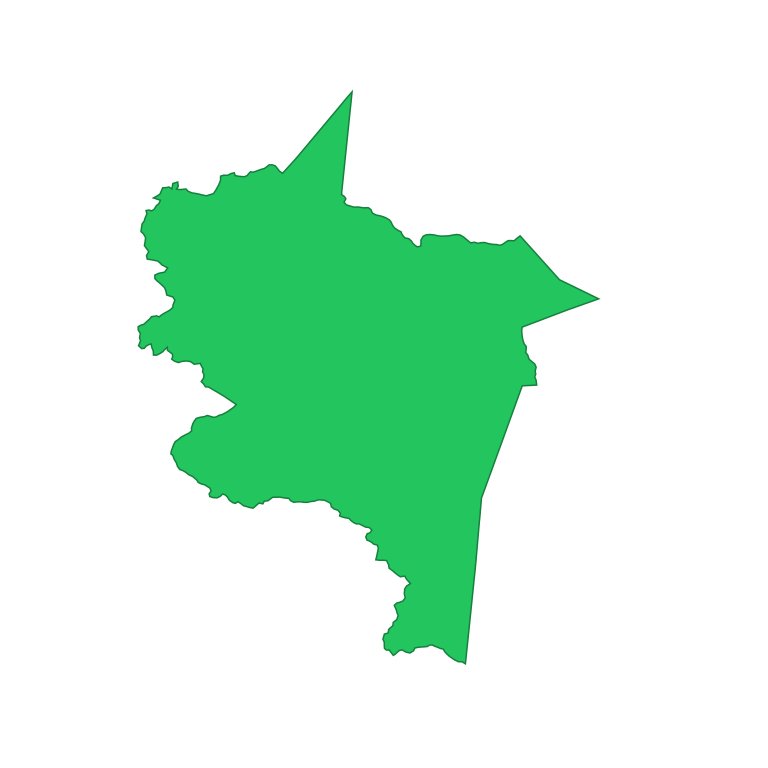 Tamboril, Ceará, Brazil (Mercator projection), rotated 166°
{"feature_id": "56859067B35932918243928", "entity_name": "Tamboril", "entity_type": "district", "adm_level": 2, "iso_a3": "BRA", "parent_name": "Brazil", "parent_adm1": "Ceará", "projection": "mercator", "projection_center": [-40.277, -4.889], "detail": "fine", "context": "isolated", "style": "filled", "palette": "green", "viewbox_px": 768, "rotation_deg": 166, "n_neighbors": 0, "source": "geoboundaries", "source_scale": "gbopen_adm2", "svg_char_len": 5231}
<svg xmlns="http://www.w3.org/2000/svg" viewBox="0 0 768 768"><g transform="rotate(166 384 384)"><path d="M446.8,136.7L446.2,133.4L447.0,130.2L447.5,127.4L446.2,125.3L443.3,124.6L441.9,121.3L440.6,118.4L437.9,119.4L435.8,120.7L433.1,121.8L430.4,121.4L427.9,118.8L423.9,116.7L419.8,118.0L418.0,120.3L414.7,120.3L412.2,119.9L408.9,119.3L405.5,118.8L402.7,119.7L400.2,119.0L398.3,117.3L395.2,115.3L393.1,113.6L390.7,112.5L389.9,109.8L388.5,107.1L386.9,104.6L384.8,102.1L382.2,99.2L378.9,96.5L375.5,95.6L372.7,92.8L345.7,167.4L344.5,170.8L341.2,179.8L337.5,190.3L324.8,227.3L323.3,231.4L322.4,234.0L317.0,249.8L307.5,263.8L285.2,296.9L276.4,310.0L250.3,348.8L236.1,346.0L235.5,350.8L236.0,354.5L234.4,356.8L234.2,359.8L232.3,363.6L232.9,367.0L234.9,369.7L237.2,372.9L237.5,377.3L238.9,380.3L237.9,382.6L236.9,385.9L238.3,389.1L238.6,392.8L238.4,396.7L238.0,399.4L237.4,402.9L236.1,405.8L188.2,411.5L155.1,414.7L188.5,442.7L216.1,494.8L219.8,493.2L223.1,491.5L226.3,492.5L228.9,493.1L232.2,492.0L235.5,490.7L238.4,490.6L240.9,492.1L243.9,492.9L248.2,494.7L252.3,497.0L255.8,497.7L258.5,497.7L262.1,499.7L265.8,500.0L268.6,503.7L270.9,507.0L274.0,510.1L277.3,511.5L281.3,511.9L285.2,512.1L288.4,512.7L292.6,513.6L295.4,514.5L298.6,516.2L301.6,517.4L304.4,518.2L307.5,518.5L310.2,517.9L313.3,514.8L314.2,511.2L315.0,508.9L318.5,509.0L320.5,511.2L321.9,513.3L322.9,516.3L324.8,519.0L328.5,520.8L330.3,524.8L330.7,527.6L333.3,529.8L336.2,533.0L337.4,536.4L338.0,539.7L339.2,542.1L341.9,544.7L343.9,546.2L347.0,548.1L350.7,549.8L353.9,552.6L354.5,556.4L356.6,558.9L361.0,559.8L366.3,562.0L370.4,562.9L373.6,564.8L377.3,567.0L378.8,570.1L376.2,572.9L377.0,575.5L379.3,578.0L378.5,580.7L363.7,621.6L344.3,675.2L350.1,671.2L371.9,655.3L394.3,639.0L414.7,624.2L431.4,613.0L433.9,615.7L435.2,618.7L436.7,621.9L439.4,623.7L442.5,624.4L445.0,623.2L448.0,622.0L450.9,622.0L455.1,621.6L459.5,621.1L462.1,622.2L464.3,620.9L466.4,619.3L469.4,618.9L471.8,619.7L474.9,620.8L478.0,622.2L478.2,625.2L481.7,625.2L485.2,624.3L489.1,625.4L492.3,625.2L493.4,621.1L496.0,617.4L500.0,613.1L503.4,610.0L506.9,609.8L510.8,609.6L514.4,611.3L517.6,613.0L520.5,614.4L524.1,615.9L527.5,618.4L528.9,621.1L534.5,621.9L538.2,623.2L535.8,625.6L535.3,629.9L540.4,629.6L542.6,624.6L544.9,627.1L548.1,627.3L551.3,627.9L553.3,625.2L555.4,622.5L558.8,621.3L562.7,620.3L556.5,616.4L558.7,613.5L561.7,612.1L564.8,609.1L567.5,608.2L569.9,609.6L572.9,609.9L572.9,606.4L575.4,603.2L577.2,600.2L580.0,597.8L581.8,593.6L582.9,590.7L581.0,587.7L579.9,583.8L581.2,580.3L583.0,576.2L581.6,572.8L580.2,569.4L583.4,566.0L583.5,562.4L580.3,561.1L577.2,559.7L573.8,558.0L572.1,555.7L570.6,553.2L565.8,549.0L569.8,545.6L573.3,545.8L576.1,545.9L580.0,545.1L580.8,541.7L579.3,539.0L576.8,535.6L573.7,530.7L573.1,527.2L573.3,522.9L567.7,519.4L566.6,515.9L569.5,511.9L570.5,509.3L574.1,507.4L579.9,505.9L583.3,504.8L586.0,503.5L588.0,505.1L593.3,505.6L595.8,503.7L602.8,500.0L605.5,499.9L608.7,499.1L609.4,495.8L608.2,492.0L610.1,487.7L609.7,485.0L611.2,482.9L612.9,480.5L610.6,477.0L608.0,476.6L605.6,478.3L602.8,479.1L600.3,479.2L600.4,475.3L599.9,471.8L600.7,467.8L597.5,467.0L593.9,467.8L590.7,468.9L588.6,470.4L585.4,472.1L586.0,469.2L583.9,466.5L582.1,464.3L582.4,461.7L584.0,459.5L581.7,456.8L578.3,454.5L574.3,454.8L569.9,454.1L566.3,452.5L563.4,449.1L557.3,448.4L556.9,445.9L555.9,442.6L557.1,439.7L556.4,436.8L557.4,433.6L560.8,430.6L559.1,427.9L557.9,424.4L555.1,423.6L542.6,411.3L532.3,399.8L535.8,397.6L539.1,396.4L542.0,395.2L545.7,394.2L548.2,393.6L551.8,393.5L554.6,392.7L557.2,392.8L560.0,394.4L563.0,396.2L566.3,395.8L570.6,396.2L574.6,396.0L577.1,393.9L579.1,391.7L581.5,387.8L582.0,385.1L585.0,383.6L589.5,382.6L593.5,381.6L597.5,379.7L600.5,378.6L602.7,376.2L604.7,373.2L606.5,370.6L607.7,367.8L606.2,365.8L605.8,361.8L604.5,357.4L604.3,354.0L602.9,350.5L600.2,348.7L598.1,346.7L595.0,342.8L592.2,340.7L590.4,338.2L588.8,336.0L588.2,333.6L586.0,331.6L582.2,329.4L580.0,327.1L578.2,325.2L577.6,322.1L580.2,319.8L580.3,317.0L577.6,315.2L573.4,313.9L570.1,314.6L567.2,316.3L564.8,314.7L563.4,312.5L562.1,308.5L559.4,305.4L557.1,304.1L554.3,305.1L552.0,302.8L549.7,299.8L546.6,298.1L544.3,296.7L541.0,295.2L537.0,297.2L534.2,298.7L530.5,297.0L528.6,299.2L524.7,298.8L519.4,301.0L515.4,300.1L512.3,299.4L509.8,298.2L506.9,297.0L503.9,296.0L503.1,293.6L500.3,291.1L497.3,290.7L493.5,289.9L490.1,288.5L486.9,287.7L483.9,287.7L480.2,287.2L475.7,287.5L472.2,286.4L469.7,285.5L467.6,283.8L464.7,281.1L464.8,277.6L462.6,274.7L459.3,272.7L457.6,269.3L459.0,266.7L457.0,265.3L454.6,263.9L450.5,262.1L448.9,259.2L446.6,256.5L444.6,254.9L442.1,254.4L439.7,252.4L436.6,249.7L433.0,248.2L431.1,245.2L433.9,242.9L436.4,242.9L438.7,240.0L438.2,236.5L436.2,235.3L434.1,233.1L432.7,231.1L429.5,229.3L429.2,226.0L431.1,222.1L432.7,218.7L434.5,215.4L430.3,213.8L427.8,213.3L424.2,212.1L423.3,207.6L423.6,204.0L420.7,200.6L419.0,198.0L417.2,195.7L414.8,193.0L410.3,192.6L409.4,189.2L407.9,186.3L406.6,183.9L411.0,182.5L413.5,180.1L415.1,175.5L415.1,171.4L418.1,168.9L421.5,168.4L424.5,168.4L427.6,166.8L426.7,161.8L426.7,158.5L426.2,156.1L428.6,152.3L432.7,150.5L433.9,147.3L436.4,146.1L438.9,144.7L440.2,141.4L444.1,141.3L446.8,136.7Z" fill="#22c55e" stroke="#15803d" stroke-width="1.5"/></g></svg>